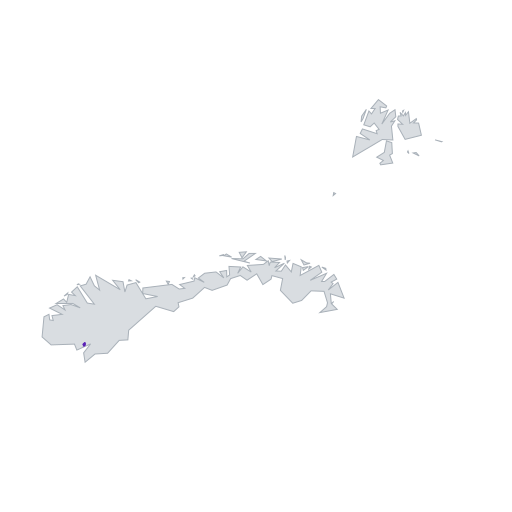 Holmestrand nor, Vestfold, Norway (highlighted), rotated 50°
{"feature_id": "86288312B24065042628748", "entity_name": "Holmestrand nor", "entity_type": "district", "adm_level": 2, "iso_a3": "NOR", "parent_name": "Norway", "parent_adm1": "Vestfold", "projection": "orthographic", "projection_center": [10.216, 59.512], "detail": "fine", "context": "in_parent", "style": "filled", "palette": "violet", "viewbox_px": 512, "rotation_deg": 50, "n_neighbors": 0, "source": "geoboundaries", "source_scale": "gbopen_adm2", "svg_char_len": 4385}
<svg xmlns="http://www.w3.org/2000/svg" viewBox="0 0 512 512"><g transform="rotate(50 256 256)"><path d="M290.4,250.1L281.3,256.4L283.4,259.4L282.3,269.1L270.1,266.9L268.8,278.4L260.8,280.6L257.0,290.0L259.7,296.8L254.1,311.7L247.0,315.6L247.6,331.5L241.7,345.7L245.4,347.7L245.7,354.8L230.1,365.1L231.0,401.2L237.9,408.1L232.7,415.0L235.1,432.2L227.6,442.3L227.5,455.2L219.4,450.3L217.0,439.2L212.9,453.7L206.8,451.7L192.4,470.1L180.5,471.9L166.3,457.5L167.6,452.1L172.3,455.1L175.1,452.8L170.5,450.6L176.1,442.0L163.2,447.6L165.5,439.7L174.6,437.0L169.9,435.8L174.3,428.9L182.7,424.0L174.6,426.8L163.9,439.7L165.2,431.1L169.8,430.8L165.0,424.2L170.2,419.9L165.1,420.5L164.7,412.7L183.6,415.5L189.0,410.8L165.9,409.9L168.4,404.3L165.3,396.5L175.0,399.0L181.6,397.7L167.7,391.2L194.6,381.7L182.5,381.4L190.2,374.4L199.3,379.6L195.4,373.4L199.2,365.1L218.0,367.9L223.8,357.4L211.9,366.9L207.8,363.2L223.7,338.7L231.9,336.1L235.0,331.4L228.8,332.8L235.4,319.6L233.3,316.9L242.9,312.6L235.8,314.3L236.2,306.4L242.5,296.9L252.1,294.7L244.7,293.9L248.2,287.8L253.2,291.8L253.6,288.4L246.6,283.4L254.6,274.8L257.5,281.2L255.9,273.0L265.2,270.0L257.7,268.7L267.2,255.7L267.5,249.7L271.9,252.1L269.8,249.0L276.1,242.1L276.9,249.3L279.8,238.9L280.3,250.4L283.9,246.4L281.8,239.2L290.9,239.2L285.5,232.4L293.4,228.3L299.3,234.7L303.6,213.9L310.7,216.0L309.5,230.1L314.6,213.1L317.7,222.2L319.7,219.7L320.2,208.2L325.6,209.0L324.3,215.2L326.7,214.7L328.5,222.5L328.9,210.2L344.9,215.6L332.8,223.3L340.8,228.9L349.1,228.1L340.4,243.4L340.2,234.5L337.8,231.3L326.8,226.6L318.1,236.2L319.4,249.6L315.8,258.2L298.0,259.4L290.4,250.1ZM233.3,55.5L239.2,59.4L239.7,67.0L241.7,62.7L243.6,68.8L255.1,76.6L247.9,84.4L242.3,118.3L229.0,102.2L240.3,94.2L229.1,97.4L227.1,92.8L240.2,84.6L237.2,83.4L238.1,80.3L230.1,80.0L230.4,85.5L224.8,89.1L217.5,76.3L221.4,76.2L219.6,70.0L216.9,73.1L214.9,61.7L225.1,59.5L226.0,61.3L221.5,65.0L226.6,68.9L229.1,61.0L235.8,74.8L232.6,61.8L233.3,55.5ZM243.5,46.5L253.2,52.8L253.8,44.9L254.9,45.5L255.3,49.8L258.7,46.0L269.8,51.7L262.5,66.8L248.0,64.0L246.1,62.4L249.4,59.0L242.4,59.8L240.3,57.0L242.0,54.8L238.6,53.3L243.4,53.1L242.2,49.4L244.4,51.0L243.5,46.5ZM256.4,79.1L265.2,85.7L264.6,88.8L272.7,91.5L266.3,101.9L264.6,101.5L264.7,97.0L257.9,100.0L259.1,91.1L251.7,82.1L256.4,79.1ZM252.3,268.6L257.5,265.2L242.2,276.4L249.8,267.8L249.6,259.6L253.6,254.9L252.3,268.6ZM259.3,252.7L266.5,251.2L258.6,258.3L259.3,252.7ZM265.9,247.4L274.9,238.2L270.7,247.2L265.9,247.4ZM214.6,77.2L219.5,85.6L220.8,89.3L216.8,85.2L214.6,77.2ZM246.6,260.7L248.4,267.9L242.4,266.5L246.6,260.7ZM296.3,219.2L293.7,225.0L288.0,223.8L293.8,221.7L296.3,219.2ZM297.8,222.7L297.4,229.0L294.8,227.8L297.8,222.7ZM235.4,277.4L241.2,275.4L235.1,280.5L235.4,277.4ZM287.8,40.5L282.1,44.2L287.9,40.1L287.8,40.5ZM279.7,66.8L284.2,66.7L278.1,69.4L279.7,66.8ZM306.8,212.7L310.3,210.5L311.8,211.4L306.8,212.7ZM300.0,220.7L300.0,224.0L298.3,221.5L300.0,220.7ZM281.0,233.2L281.5,236.5L279.8,235.5L281.0,233.2ZM259.3,154.9L259.3,158.0L257.4,155.7L259.3,154.9ZM275.8,73.0L273.7,73.1L273.2,72.0L275.8,73.0ZM219.9,338.7L221.2,341.4L217.6,340.8L219.9,338.7ZM274.1,233.6L276.3,234.5L277.8,236.2L274.1,233.6ZM239.3,49.3L240.3,51.2L239.1,50.6L239.3,49.3ZM201.1,363.1L196.8,363.4L201.3,361.8L201.1,363.1ZM194.8,367.5L193.2,369.7L192.5,368.5L194.8,367.5ZM234.1,281.3L232.3,284.0L234.2,279.6L234.1,281.3ZM164.1,425.2L163.3,428.8L163.3,424.0L164.1,425.2ZM231.7,317.5L230.8,315.3L232.0,315.4L231.7,317.5ZM340.8,225.7L341.2,228.3L340.9,227.9L340.8,225.7ZM232.9,319.5L230.7,320.0L233.4,319.0L232.9,319.5ZM226.5,324.7L226.7,326.8L225.6,326.1L226.5,324.7ZM164.1,409.5L162.9,411.7L163.2,409.9L164.1,409.5Z" fill="#d9dde1" stroke="#a8b0b8" stroke-width="1"/><path d="M214.4,444.8L214.4,444.7L214.3,444.4L214.3,444.5L214.3,444.4L214.2,444.4L214.1,444.2L214.0,443.9L213.9,443.8L213.9,443.7L213.7,443.6L213.4,443.6L213.3,443.4L213.2,443.4L213.1,443.2L212.9,443.0L212.9,442.9L212.7,442.9L212.5,443.0L212.4,443.1L212.5,443.2L212.5,443.3L212.6,443.5L212.7,443.8L212.7,444.0L212.7,444.3L212.4,444.4L212.4,444.5L212.5,444.7L212.5,444.8L212.6,445.0L212.7,444.9L212.8,444.8L212.8,444.7L212.9,444.8L213.0,444.8L213.0,444.7L213.3,444.6L213.3,444.8L213.4,445.0L213.4,445.3L213.5,445.3L213.5,445.2L213.6,445.3L213.6,445.2L213.8,445.1L214.0,445.1L214.3,445.2L214.3,444.9L214.4,444.8Z" fill="#8b5cf6" stroke="#5b21b6" stroke-width="1.5"/></g></svg>